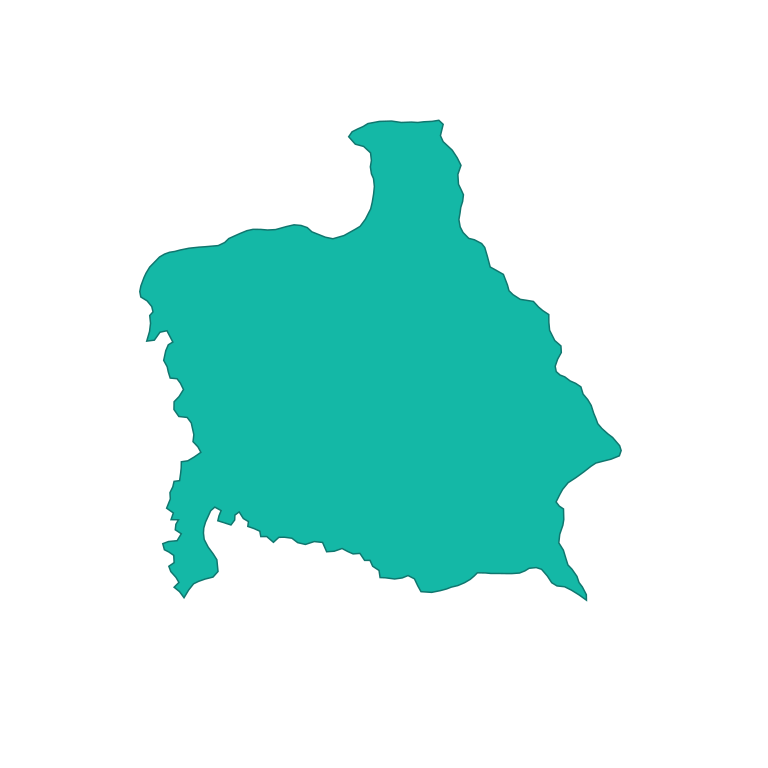 Borborema, São Paulo, Brazil, rotated 109°
{"feature_id": "56859067B94148690757902", "entity_name": "Borborema", "entity_type": "district", "adm_level": 2, "iso_a3": "BRA", "parent_name": "Brazil", "parent_adm1": "São Paulo", "projection": "orthographic", "projection_center": [-49.058, -21.606], "detail": "fine", "context": "isolated", "style": "filled", "palette": "teal", "viewbox_px": 768, "rotation_deg": 109, "n_neighbors": 0, "source": "geoboundaries", "source_scale": "gbopen_adm2", "svg_char_len": 3603}
<svg xmlns="http://www.w3.org/2000/svg" viewBox="0 0 768 768"><g transform="rotate(109 384 384)"><path d="M651.2,503.5L642.3,501.6L634.9,499.0L631.0,495.1L626.7,489.7L622.2,482.8L615.3,479.9L604.6,484.8L600.4,490.0L595.5,497.1L589.5,503.4L583.7,506.2L578.9,507.5L572.7,507.8L560.2,506.6L555.5,503.9L556.7,496.8L562.5,497.1L567.4,496.6L567.1,482.8L561.2,480.9L556.5,482.3L552.1,479.3L557.0,473.2L558.2,467.4L563.0,466.4L563.0,459.8L563.6,453.5L568.4,450.8L566.4,445.2L569.7,437.0L563.2,433.5L561.3,428.3L559.8,420.9L562.1,414.0L561.3,406.1L555.7,398.7L553.8,390.5L561.3,383.6L558.3,376.6L553.2,370.1L554.2,363.6L554.7,357.9L552.0,351.6L557.1,344.9L555.3,339.8L560.0,335.4L561.9,328.0L568.3,324.7L566.8,319.7L564.9,310.5L561.4,303.6L557.3,298.9L558.3,291.8L563.9,286.3L568.3,281.4L565.5,271.1L561.0,263.4L557.4,258.1L554.2,254.3L550.5,248.5L545.6,243.1L540.7,238.9L536.5,236.4L532.1,234.2L529.6,226.5L528.3,221.1L525.9,214.2L523.5,206.9L521.5,201.1L518.6,194.3L514.8,189.9L511.0,186.8L508.0,180.3L507.9,174.7L512.4,167.0L517.3,160.7L518.6,154.7L516.9,147.2L517.9,139.7L519.9,130.9L522.5,122.2L517.3,124.1L511.3,130.4L508.2,135.0L503.1,138.9L497.9,146.0L495.2,151.2L489.5,155.4L482.7,160.3L477.3,167.0L468.9,168.9L459.3,168.9L453.6,169.9L443.7,173.6L442.4,178.5L439.5,182.9L431.2,181.8L425.5,180.8L417.4,177.8L410.2,172.2L401.8,166.3L394.5,161.6L389.8,158.0L385.3,151.2L381.2,144.9L375.3,138.1L369.7,138.1L365.6,141.1L363.1,145.4L360.2,150.3L358.2,156.3L355.1,163.6L351.9,169.0L347.8,172.3L343.4,176.2L336.8,181.1L332.5,186.2L328.7,192.5L322.6,196.9L321.0,203.0L320.5,209.0L318.4,215.4L318.2,220.5L316.2,225.2L311.5,227.9L304.0,227.9L296.5,226.6L290.4,229.1L287.3,236.7L279.3,244.9L272.0,248.2L264.7,250.8L262.9,257.8L260.9,263.0L257.3,269.6L258.5,276.7L259.6,282.7L257.5,291.2L255.1,296.2L250.2,299.5L241.5,306.8L240.3,313.2L238.8,321.7L229.4,328.0L222.1,333.2L219.4,337.4L218.2,345.5L218.7,351.3L215.0,358.6L210.7,363.1L204.2,366.7L197.5,367.8L192.1,368.9L185.7,369.1L179.2,370.5L175.1,374.4L170.9,378.6L161.8,382.4L152.2,382.4L146.3,388.4L140.7,395.6L135.6,407.0L130.8,411.5L119.2,412.6L116.8,418.0L120.0,424.0L123.1,431.7L125.7,437.1L127.5,443.5L131.1,452.8L132.9,462.4L137.2,473.8L143.0,484.0L147.6,487.8L151.3,491.8L155.9,496.3L161.7,497.9L166.6,489.2L166.0,480.6L169.8,472.0L176.7,468.7L183.1,467.6L189.4,464.3L193.2,460.8L200.4,457.4L207.7,455.7L215.9,454.3L222.8,453.6L234.2,455.2L242.7,457.9L247.0,461.5L256.7,470.2L263.3,479.6L264.3,487.2L263.6,501.7L261.1,507.5L261.1,514.1L262.8,520.9L266.9,527.5L273.3,536.8L276.3,544.2L278.0,551.0L280.4,558.2L283.7,563.6L288.8,569.4L293.4,574.3L297.0,578.1L302.1,580.7L307.1,585.8L312.7,598.4L314.8,603.4L319.1,612.6L323.7,620.4L326.8,625.0L329.3,629.7L332.6,633.8L337.0,637.6L349.7,643.6L356.7,645.1L361.6,645.6L370.5,645.8L376.1,645.0L380.9,642.3L382.5,635.1L386.4,628.8L391.0,625.9L395.5,627.8L402.6,624.5L410.5,622.8L420.7,622.3L417.3,615.4L408.0,612.7L404.3,606.6L407.9,602.8L413.1,597.3L417.1,600.7L423.5,601.2L433.4,600.0L438.3,594.6L442.8,591.9L448.0,588.1L446.4,581.4L449.5,576.8L454.5,571.8L462.7,573.7L469.1,576.7L476.5,574.3L481.5,567.4L479.7,559.2L483.5,553.6L493.8,547.3L500.7,545.8L504.0,539.5L508.2,534.9L514.7,539.6L520.5,544.5L523.5,550.3L529.5,548.4L534.7,547.2L541.9,545.8L544.4,550.8L550.0,550.2L556.4,551.0L562.3,548.6L572.2,549.1L574.5,541.2L581.6,541.2L579.3,534.1L584.4,535.1L589.8,533.9L591.6,526.9L599.5,528.6L603.1,536.5L607.0,541.2L612.2,537.7L612.9,532.7L614.5,527.0L621.2,524.3L626.4,528.1L630.8,524.5L634.6,517.7L638.4,513.3L644.5,516.3L646.9,509.7L651.2,503.5Z" fill="#14b8a6" stroke="#0f766e" stroke-width="1.5"/></g></svg>